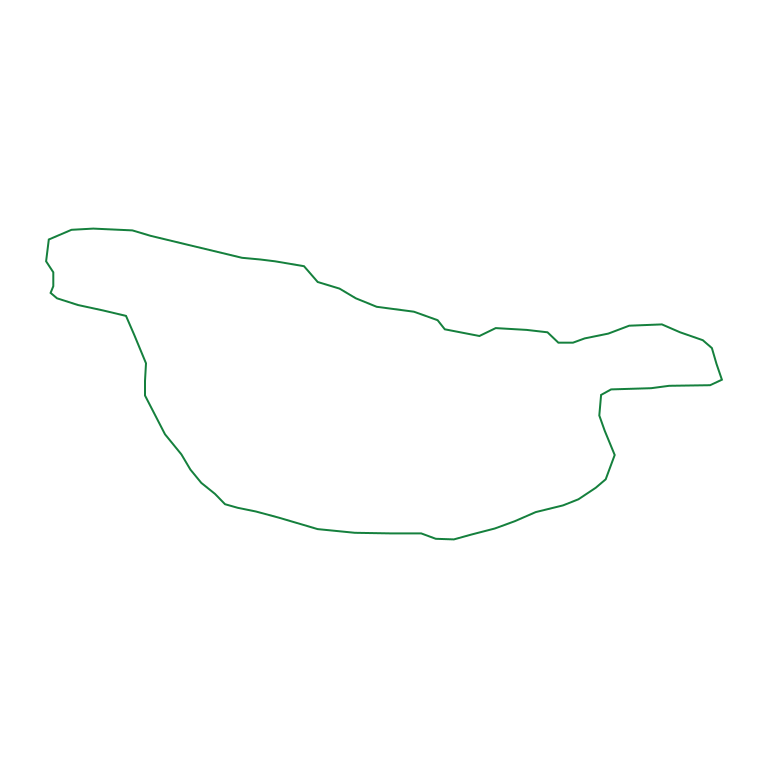 Lidingö, Stockholm, Sweden
{"feature_id": "70781695B7495287433606", "entity_name": "Lidingö", "entity_type": "district", "adm_level": 2, "iso_a3": "SWE", "parent_name": "Sweden", "parent_adm1": "Stockholm", "projection": "robinson", "projection_center": [18.171, 59.365], "detail": "fine", "context": "isolated", "style": "outline", "palette": "green", "viewbox_px": 768, "rotation_deg": 0, "n_neighbors": 0, "source": "geoboundaries", "source_scale": "gbopen_adm2", "svg_char_len": 1054}
<svg xmlns="http://www.w3.org/2000/svg" viewBox="0 0 768 768"><path d="M242.0,257.8L186.6,244.5L150.5,235.8L132.4,230.4L93.3,228.6L71.5,229.8L48.8,239.5L46.1,261.3L53.3,272.3L53.3,286.2L50.6,292.9L57.0,298.3L77.9,305.0L103.3,310.5L126.0,315.9L134.2,334.8L146.0,363.3L145.0,380.9L145.0,395.5L155.0,414.9L165.0,434.3L181.4,454.4L190.4,469.6L201.3,482.9L215.0,493.9L225.0,504.2L237.7,507.8L255.9,511.5L278.6,517.6L294.9,522.4L317.6,529.1L354.9,532.8L391.2,533.4L421.2,533.4L435.8,538.8L453.9,539.4L471.2,534.6L494.8,528.5L514.8,521.2L535.7,512.1L563.0,505.4L578.4,499.3L595.7,487.8L605.7,479.3L614.7,455.0L604.7,430.7L599.3,415.5L601.1,394.9L611.1,389.4L651.1,388.2L669.2,385.8L710.1,385.2L721.9,379.7L716.5,363.9L711.9,348.1L702.8,340.2L680.1,332.3L661.9,324.4L629.2,325.7L608.3,333.6L584.7,338.4L572.9,342.7L558.4,342.7L547.5,332.3L526.6,329.9L495.7,328.1L479.4,336.0L444.8,329.3L437.6,320.2L413.9,311.7L376.7,306.8L355.8,298.3L339.5,288.6L317.7,282.0L304.0,266.2L275.0,261.3L260.4,259.5L242.0,257.8Z" fill="none" stroke="#15803d" stroke-width="2"/></svg>